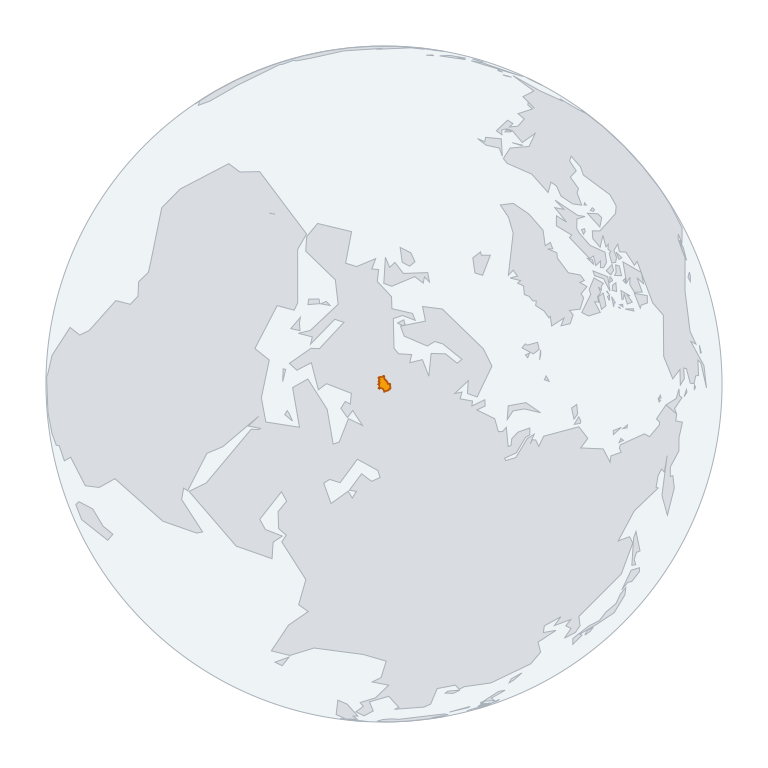 globe centered on Gomel, rotated 82°
{"feature_id": "BLR-2339", "entity_name": "Gomel", "entity_type": "Region", "adm_level": 1, "iso_a3": "BLR", "parent_name": "Belarus", "parent_adm1": "", "projection": "orthographic", "projection_center": [29.578, 52.294], "detail": "fine", "context": "on_globe", "style": "filled", "palette": "amber", "viewbox_px": 768, "rotation_deg": 82, "n_neighbors": 0, "source": "natural_earth", "source_scale": "10m", "svg_char_len": 14199}
<svg xmlns="http://www.w3.org/2000/svg" viewBox="0 0 768 768"><g transform="rotate(82 384 384)"><circle cx="384" cy="384" r="338" fill="#eef3f6" stroke="#a8b0b8"/><path d="M228.4,84.0L229.2,83.6L245.8,75.7L270.9,67.1L286.2,69.4L276.6,71.7L281.3,72.6L293.7,70.1L300.6,68.3L333.8,73.0L374.5,73.6L387.9,69.5L384.6,74.3L410.3,64.6L432.8,65.2L407.0,67.3L404.1,69.9L419.2,71.3L419.4,74.3L426.8,76.9L425.8,80.6L410.8,82.4L409.9,85.0L420.6,85.9L426.3,90.7L410.7,88.9L419.1,97.3L395.6,103.2L354.7,97.8L341.2,106.6L297.8,116.3L301.3,119.5L287.1,126.1L285.8,132.5L278.1,133.1L283.7,137.8L291.0,136.1L295.8,137.7L295.8,141.6L285.9,142.8L284.6,141.0L281.6,143.4L276.8,142.5L279.1,145.1L267.2,146.6L278.7,150.9L269.1,157.0L261.3,156.4L262.5,148.9L247.5,131.0L239.9,129.3L228.1,133.8L204.8,157.5L196.3,159.2L184.4,167.0L188.8,169.2L199.7,164.0L205.0,170.7L217.6,164.2L221.6,166.2L234.4,163.3L231.9,172.1L222.6,182.5L211.8,185.7L207.4,190.6L217.2,194.8L196.8,208.4L182.6,231.4L177.3,234.4L167.9,226.3L169.0,207.3L156.8,199.4L164.1,213.4L150.9,221.7L148.4,227.0L148.8,232.1L153.6,232.5L148.9,237.5L140.0,224.9L144.0,220.1L146.9,224.0L147.3,215.5L141.1,208.2L134.9,213.6L132.3,198.8L127.8,202.7L124.7,202.0L132.0,196.6L118.8,206.4L114.7,194.8L96.6,213.4L115.0,189.3L122.0,178.4L128.9,167.5L125.9,170.2L139.1,153.7L144.2,146.3L140.1,150.1L160.1,130.9L181.6,113.4L204.4,97.8L228.4,84.0ZM110.2,185.9L103.0,196.6L101.0,199.3L110.2,185.9ZM62.9,278.6L60.4,288.2L56.7,299.8L58.2,297.2L54.8,310.6L52.1,338.9L51.4,339.3L48.5,377.7L51.2,411.0L51.8,426.2L50.9,428.3L53.2,439.5L53.3,443.3L67.8,487.6L79.6,516.9L82.2,529.1L78.2,527.2L80.4,532.3L70.7,510.7L62.6,488.4L56.1,465.6L51.2,442.4L47.9,419.0L46.3,395.3L46.3,371.6L48.0,348.0L51.4,324.6L56.3,301.4L62.9,278.6ZM92.3,218.0L76.1,252.7L80.6,238.9L80.6,240.1L85.7,229.9L93.6,214.5L98.8,203.8L92.3,218.0ZM95.6,220.0L98.0,214.9L96.3,219.2L95.6,220.0ZM303.7,67.2L293.9,69.8L282.7,71.3L290.8,68.6L303.7,67.2ZM325.1,66.4L320.6,68.1L315.7,66.0L319.8,65.6L325.1,66.4ZM397.5,66.4L389.4,66.3L397.1,65.4L397.5,66.4ZM428.1,76.7L430.3,75.9L433.2,77.6L428.1,76.7ZM234.9,158.7L234.6,160.9L232.4,160.3L234.9,158.7ZM240.8,155.5L238.4,153.2L240.8,151.3L242.2,152.8L240.8,155.5ZM434.3,85.1L438.3,88.6L431.6,85.3L434.3,85.1ZM243.2,158.8L245.3,148.4L249.6,145.3L258.6,148.4L243.2,158.8ZM438.9,90.8L448.8,99.7L454.5,98.4L443.9,107.6L439.0,96.6L429.9,92.6L436.9,93.1L438.9,90.8ZM293.3,134.0L285.6,135.9L292.1,130.9L293.3,134.0ZM296.3,130.4L309.4,113.6L320.8,113.1L314.1,118.6L328.9,115.5L328.0,123.3L319.7,126.8L312.5,125.5L317.6,129.6L296.3,130.4ZM436.4,111.6L436.6,114.3L433.5,111.9L436.4,111.6ZM298.3,138.0L299.9,134.5L309.9,133.7L308.5,140.6L305.7,138.6L298.3,138.0ZM333.2,111.0L340.4,111.9L341.7,118.4L344.6,119.7L329.0,123.5L333.2,111.0ZM303.4,140.8L307.5,144.2L302.7,148.2L297.4,141.5L303.4,140.8ZM313.1,130.6L317.8,130.7L314.7,132.9L313.1,130.6ZM288.0,165.0L289.7,160.4L295.1,159.5L288.0,165.0ZM309.3,145.3L311.0,143.9L313.3,143.2L314.9,146.3L309.3,145.3ZM331.0,128.0L330.0,130.7L337.4,126.8L338.7,131.9L328.0,133.6L333.1,135.0L333.5,136.6L324.4,136.3L331.0,128.0ZM323.5,147.3L310.4,151.8L306.0,160.4L301.1,161.3L309.0,147.5L323.5,147.3ZM324.8,140.8L322.9,145.0L317.8,143.8L316.0,140.3L324.8,140.8ZM343.3,134.8L344.2,126.5L346.5,126.5L343.3,134.8ZM323.2,150.0L326.4,148.8L323.5,150.7L323.2,150.0ZM338.3,139.6L338.3,136.6L340.9,136.6L338.3,139.6ZM332.8,149.3L328.5,150.6L327.1,148.2L332.8,149.3ZM336.1,145.0L339.7,145.8L329.2,146.5L335.7,143.6L336.1,145.0ZM340.8,140.1L342.3,139.1L340.4,141.4L340.8,140.1ZM340.4,158.2L327.5,159.7L324.5,154.1L337.4,153.3L340.4,158.2ZM162.6,558.8L144.2,507.1L154.0,497.2L156.4,477.6L224.7,439.8L238.7,450.8L291.8,458.2L298.4,462.7L291.5,478.9L330.9,506.9L344.3,494.3L380.6,507.4L405.2,506.3L415.1,473.7L374.8,475.0L368.5,458.7L401.2,443.8L436.5,442.7L435.2,436.4L413.4,424.0L422.0,411.1L405.9,418.6L412.1,424.9L402.1,430.1L395.9,424.8L399.2,420.2L388.7,417.6L375.7,440.9L380.6,449.8L352.8,453.0L358.2,468.4L350.4,474.8L338.5,451.3L340.0,443.0L317.3,415.0L313.1,423.8L334.3,451.2L327.4,448.4L321.9,461.7L320.7,449.5L298.7,418.3L274.0,417.7L241.5,443.0L227.3,440.1L215.8,427.4L228.6,394.9L259.0,405.2L263.9,394.8L258.7,374.8L268.4,380.0L269.9,373.4L281.5,376.4L298.6,364.4L310.5,365.7L318.1,346.0L325.3,344.2L318.7,356.2L320.5,365.7L350.1,369.1L356.1,365.3L358.7,352.5L366.5,355.5L365.2,342.6L382.6,338.5L360.3,333.1L362.7,318.9L373.6,308.7L370.4,303.4L352.5,320.1L349.0,327.8L352.4,335.9L339.4,357.3L329.0,359.6L327.5,334.2L312.6,335.0L317.9,315.8L363.0,280.7L381.3,274.6L409.8,293.6L405.0,302.7L392.4,300.1L403.3,315.3L402.8,307.9L409.3,310.7L413.2,298.7L418.0,300.1L413.6,286.4L419.9,286.9L422.6,295.6L433.8,279.2L447.2,277.4L447.4,273.0L443.9,268.9L463.2,269.8L462.5,266.7L456.0,265.1L450.3,257.9L447.8,245.7L454.7,246.7L456.5,251.2L470.5,262.5L474.3,274.9L476.8,274.1L475.2,263.7L458.0,249.7L454.6,242.3L463.6,247.5L460.0,245.0L460.5,241.6L467.3,239.4L457.9,233.1L453.5,197.0L466.2,189.8L474.7,198.0L478.8,176.0L492.9,171.0L486.8,169.3L484.6,158.6L480.2,159.9L477.1,158.4L469.6,133.1L473.1,128.4L462.9,117.0L459.8,116.4L456.6,119.1L443.9,107.6L454.5,98.4L461.1,100.2L463.4,93.8L478.1,99.3L491.3,101.3L506.1,112.1L515.3,113.3L515.0,110.7L527.3,111.0L553.3,121.6L533.2,124.3L494.3,113.6L510.3,118.6L506.9,121.1L512.8,125.3L524.0,128.9L525.2,127.0L544.5,153.9L572.0,173.9L569.4,162.1L576.1,159.8L605.2,175.5L641.3,223.4L650.6,223.5L656.7,229.1L660.8,240.7L652.1,232.8L648.8,237.6L643.2,231.8L646.9,248.9L639.1,241.3L645.8,258.9L652.3,260.8L651.9,248.0L661.1,267.4L671.3,266.2L681.5,277.6L694.9,319.8L694.9,346.6L696.8,352.0L692.1,355.2L693.0,373.7L707.4,382.3L709.5,389.4L707.6,418.9L706.3,414.3L693.9,422.8L696.7,442.6L706.3,440.2L709.8,450.1L704.7,457.4L700.5,449.4L696.1,451.9L693.6,436.1L682.9,421.3L677.4,437.1L674.3,427.7L658.7,420.4L648.9,442.3L635.7,490.1L639.7,514.9L632.6,532.7L609.5,512.1L598.8,490.7L590.7,499.2L566.8,488.6L526.1,507.2L520.1,501.8L512.5,508.5L495.6,506.6L486.5,496.7L476.4,500.5L500.7,525.9L511.6,521.7L520.4,505.9L525.2,515.8L541.4,519.2L524.0,552.9L463.2,592.0L457.2,573.7L410.3,521.8L411.6,514.7L411.4,513.9L410.8,512.5L406.7,524.2L398.6,512.7L423.7,552.5L428.0,569.0L462.4,593.3L459.2,596.9L470.2,600.5L505.3,584.2L505.5,590.4L489.1,622.1L440.3,663.6L446.8,680.5L443.2,693.9L412.9,704.5L415.6,711.2L399.9,714.2L399.0,717.1L386.4,719.7L365.4,720.7L329.7,717.1L327.4,715.6L309.4,708.7L284.3,687.0L293.2,678.5L290.0,668.5L264.1,637.9L269.8,624.1L262.9,615.4L248.7,612.8L240.7,601.8L232.1,598.5L178.6,579.6L162.6,558.8ZM200.7,468.2L198.7,474.0L200.7,468.2ZM473.9,457.5L495.0,453.1L485.2,434.4L492.5,431.3L486.5,426.3L484.4,433.1L469.8,418.7L478.7,409.8L476.0,400.9L468.8,402.1L454.8,420.8L475.6,441.2L470.9,451.1L473.9,457.5ZM52.1,339.7L51.3,345.4L51.4,340.8L52.1,339.7ZM78.8,241.1L76.5,246.8L74.5,251.3L75.8,247.6L78.8,241.1ZM65.8,288.9L64.3,296.5L64.8,290.4L65.8,288.9ZM74.1,258.1L66.8,283.2L67.8,273.0L72.8,257.4L70.8,265.6L74.1,258.1ZM91.7,223.0L89.8,227.1L88.7,227.9L91.7,223.0ZM94.4,223.3L94.7,222.1L96.7,219.0L94.4,223.3ZM151.4,222.4L152.0,223.6L151.2,229.1L149.3,227.5L151.4,222.4ZM161.7,249.6L154.0,257.2L158.1,250.4L153.9,249.1L157.5,233.8L174.9,235.1L166.4,237.0L161.7,249.6ZM167.1,214.5L162.8,223.5L166.8,213.7L167.1,214.5ZM267.3,336.3L270.9,342.3L266.0,349.0L251.0,349.0L257.9,339.1L267.3,336.3ZM277.2,349.4L279.8,325.2L289.3,324.8L283.5,329.0L289.5,331.1L281.9,338.6L288.3,362.6L284.4,370.2L258.7,365.0L269.3,362.2L265.1,356.3L277.2,349.4ZM270.0,269.7L271.3,260.8L290.1,271.2L286.7,278.5L271.5,278.5L266.6,270.0L270.0,269.7ZM258.7,167.0L258.0,164.0L260.7,163.5L263.5,165.6L258.7,167.0ZM288.4,162.9L264.7,180.0L262.7,177.3L251.3,191.3L241.4,189.8L249.2,180.6L233.1,190.3L236.1,181.5L225.8,189.0L244.0,168.7L246.1,161.6L247.5,170.0L256.5,171.5L261.0,170.0L275.3,160.8L284.2,146.8L294.5,146.7L299.4,150.2L298.9,153.5L292.3,152.5L296.3,157.7L286.4,158.8L288.4,162.9ZM351.0,200.6L343.7,196.6L349.9,209.9L340.1,209.9L341.4,211.5L334.0,215.3L327.4,222.9L323.0,221.6L322.3,225.2L317.4,228.0L315.0,232.6L306.3,232.1L302.7,237.7L300.6,234.3L296.6,244.3L295.7,236.8L289.3,240.2L293.6,245.7L252.6,235.1L236.2,237.5L222.9,243.9L223.1,230.9L235.7,217.0L253.8,205.1L269.6,205.1L266.9,199.6L273.6,198.1L273.0,203.1L278.0,194.6L283.4,194.8L299.5,186.0L303.4,174.4L309.4,171.2L310.6,175.9L315.8,169.5L322.1,176.3L326.5,174.3L337.2,179.4L336.9,190.1L341.9,187.1L350.2,191.3L351.0,200.6ZM343.2,159.9L345.1,172.0L340.7,178.2L324.0,166.8L319.1,167.7L308.2,161.3L314.9,152.7L317.4,155.2L321.4,155.7L317.7,158.2L323.6,156.7L327.2,160.3L332.8,160.1L331.9,164.0L343.2,159.9ZM306.3,457.5L311.4,459.2L319.5,459.8L316.2,468.5L306.3,457.5ZM290.8,436.5L295.5,436.4L294.8,448.3L289.5,446.8L290.8,436.5ZM298.7,426.5L295.8,435.5L294.2,429.7L298.7,426.5ZM323.2,355.5L328.3,354.8L328.6,357.9L325.5,362.1L323.2,355.5ZM367.4,242.3L363.9,238.5L365.5,236.9L364.1,226.1L371.3,225.5L375.0,231.9L367.4,242.3ZM407.9,479.8L400.5,486.5L396.9,483.6L400.2,481.9L407.9,479.8ZM355.9,479.3L367.5,484.0L354.9,481.7L355.9,479.3ZM374.9,239.9L373.5,235.4L378.0,238.0L374.9,239.9ZM376.4,224.6L381.8,226.6L372.0,224.2L376.4,224.6ZM500.3,679.3L476.2,702.3L460.5,706.0L458.1,702.4L467.3,689.8L485.7,682.0L495.0,673.4L500.3,679.3ZM713.4,459.5L712.3,463.8L709.2,473.8L710.8,467.4L715.8,448.0L716.0,447.2L713.4,459.5ZM710.5,468.3L704.7,477.4L690.6,473.7L695.8,465.2L709.2,456.1L708.6,460.9L712.2,457.2L710.5,468.3ZM719.9,420.8L718.4,431.4L717.0,438.0L716.1,431.8L716.7,422.8L718.1,416.4L719.1,370.4L720.4,366.4L721.1,382.9L721.9,383.5L721.3,403.4L721.1,407.6L719.9,420.8ZM641.2,516.0L648.8,524.0L644.3,530.7L641.2,516.0ZM716.2,345.6L718.0,365.0L715.3,343.6L716.2,345.6ZM712.6,328.7L714.1,332.6L712.6,332.5L712.6,328.7ZM700.0,358.5L698.6,366.4L697.0,363.4L697.7,351.4L700.0,358.5ZM689.3,287.6L695.4,297.1L697.3,301.6L693.7,299.1L689.3,287.6ZM434.2,233.0L428.2,248.3L428.6,259.9L436.3,266.9L422.9,264.0L422.2,246.1L434.2,233.0ZM450.4,201.2L443.6,195.7L448.1,194.2L450.3,195.2L450.4,201.2ZM445.2,200.7L433.9,201.6L431.1,196.0L440.6,196.4L445.2,200.7ZM404.4,220.1L402.1,224.6L398.6,222.3L404.4,220.1ZM721.9,381.3L721.7,373.2L721.7,371.3L721.9,381.3ZM718.6,336.9L717.9,337.2L719.0,347.3L715.3,322.2L716.8,326.0L718.6,336.9ZM715.5,326.9L716.7,336.2L714.4,323.2L715.5,326.9ZM716.0,335.4L714.4,330.9L714.4,326.3L716.0,335.4ZM715.3,323.7L712.3,313.5L713.7,316.0L715.3,323.7ZM710.0,321.4L712.8,318.7L712.0,329.7L704.4,313.4L704.1,306.7L710.0,321.4ZM660.6,220.1L656.4,217.1L654.0,210.5L657.6,214.3L660.6,220.1ZM642.5,187.9L652.0,207.8L659.0,224.9L660.3,222.8L668.1,233.3L662.3,232.4L652.2,215.0L648.2,203.6L640.8,196.1L633.7,184.8L624.8,179.1L619.4,172.9L626.3,174.8L642.5,187.9ZM621.0,177.2L602.8,165.1L601.5,156.5L605.2,157.1L614.1,166.2L614.3,170.2L621.0,177.2ZM598.0,159.9L598.0,163.8L571.1,158.2L565.1,155.0L584.9,153.7L585.9,157.5L592.7,160.7L598.0,159.9ZM440.1,114.1L436.9,114.3L438.8,112.4L440.1,114.1ZM474.7,159.4L470.8,157.0L473.1,154.7L474.7,159.4ZM461.3,149.4L461.4,153.6L458.4,148.7L461.3,149.4ZM462.1,163.5L460.0,155.1L466.0,163.8L462.1,163.5Z" fill="#d9dde1" stroke="#a8b0b8" stroke-width="1"/><path d="M391.5,385.1L390.9,385.0L390.5,385.0L390.3,385.1L390.2,385.2L390.1,385.4L389.9,385.4L389.7,385.3L389.6,385.2L389.0,385.2L388.9,385.3L388.8,385.6L389.0,385.6L388.9,385.7L388.7,385.8L388.6,386.0L388.4,386.3L388.2,386.3L388.1,386.5L388.0,386.8L387.8,387.1L387.8,387.4L387.6,387.5L387.6,387.8L387.5,388.0L387.4,388.1L387.5,388.2L387.5,388.3L387.7,388.5L387.7,388.8L387.8,388.9L387.7,388.9L387.7,389.0L387.8,389.1L387.9,389.3L387.9,389.5L387.7,389.8L387.6,390.0L387.4,390.1L387.2,389.9L386.9,389.9L386.8,389.7L386.7,389.6L386.8,389.4L386.7,389.2L386.3,388.9L386.2,388.8L385.6,388.8L385.3,388.9L385.2,388.9L385.0,389.0L384.9,389.1L384.6,389.0L384.5,388.9L384.4,388.8L384.4,388.7L384.2,388.7L384.1,388.8L384.0,389.0L383.7,389.1L383.6,389.4L383.4,389.3L383.1,389.4L383.1,389.5L383.0,389.4L382.9,389.3L382.9,389.1L382.7,388.9L382.7,388.7L382.5,388.3L382.5,388.1L382.4,388.0L382.3,387.9L382.2,387.9L382.0,388.0L381.9,388.2L381.8,388.3L381.7,388.3L381.4,388.3L381.1,388.5L381.0,388.8L381.0,389.1L380.9,389.2L380.7,389.0L380.5,388.5L380.5,388.4L380.4,388.3L380.0,388.2L379.9,388.2L379.8,388.3L379.6,388.4L379.5,388.5L379.4,388.5L379.4,388.2L379.2,388.0L379.1,387.9L379.1,387.7L378.9,387.8L378.6,388.2L378.5,388.3L378.1,388.3L378.0,388.2L377.8,388.0L377.7,387.9L377.5,388.0L377.5,388.4L377.4,388.5L377.2,388.8L377.0,388.7L377.1,388.3L377.1,388.2L376.8,388.0L376.4,387.9L376.4,387.4L376.5,387.3L376.6,387.2L376.6,386.9L376.6,386.7L376.4,386.5L376.5,386.4L376.6,386.2L376.8,385.7L376.7,385.4L376.6,385.2L376.6,384.8L376.6,384.7L376.6,384.4L376.6,384.2L376.2,384.0L376.1,383.9L376.0,383.7L375.8,383.7L375.7,383.6L375.9,383.2L376.0,383.1L375.9,382.9L376.0,382.8L376.2,382.6L376.3,382.6L376.6,382.5L376.8,382.6L376.9,382.8L377.0,383.0L377.3,383.1L377.6,383.1L378.1,383.1L378.2,382.8L378.2,382.7L378.3,382.6L378.6,382.7L378.7,382.9L378.8,382.9L379.6,382.9L379.8,382.7L379.8,382.3L379.8,382.0L379.9,381.9L380.0,381.8L380.0,381.7L380.3,381.7L380.5,381.7L380.8,381.7L381.1,381.6L381.3,381.5L381.4,381.4L381.2,381.3L381.2,381.2L381.3,381.2L381.8,381.0L381.8,380.9L381.8,380.6L382.3,380.6L382.3,380.4L382.6,380.2L382.8,380.1L383.2,380.2L383.2,380.3L383.4,380.3L383.4,380.2L383.5,380.2L383.5,380.3L383.7,380.2L383.8,380.1L384.3,380.1L384.5,380.1L384.4,379.9L384.2,379.7L384.3,379.6L384.3,379.4L384.2,379.4L384.2,379.2L384.3,379.2L384.6,379.1L384.6,378.9L384.7,378.7L384.8,378.6L384.6,378.2L384.6,377.9L384.8,377.8L385.0,377.9L385.3,377.9L385.5,377.8L385.7,378.0L385.8,378.0L386.0,378.1L386.1,378.4L386.4,378.4L386.6,378.4L386.8,378.3L386.8,378.1L387.1,378.0L387.2,377.9L387.6,378.0L387.9,378.2L388.0,378.2L388.3,378.1L388.6,378.1L389.0,378.0L389.1,378.4L389.3,378.5L389.4,378.8L389.3,379.0L389.6,379.0L389.8,379.2L390.0,379.1L390.3,379.1L390.3,379.3L390.2,379.3L390.0,379.6L389.9,379.7L390.2,379.9L390.3,380.0L390.4,380.3L390.6,380.5L390.9,380.6L390.9,380.8L391.1,381.0L391.1,381.4L391.0,381.5L390.8,381.6L391.0,381.9L391.1,382.2L391.3,382.3L391.3,382.5L391.1,382.5L391.2,382.8L391.2,383.1L391.2,383.3L391.3,383.4L391.3,383.5L391.2,383.8L391.3,384.0L391.6,384.1L391.6,384.3L391.6,384.5L391.9,384.7L391.9,384.8L391.9,385.0L391.5,385.1Z" fill="#f59e0b" stroke="#b45309" stroke-width="1.5"/></g></svg>